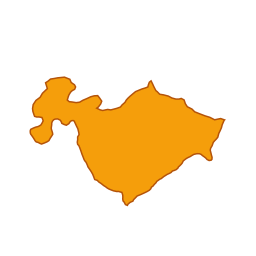 the district of Lachin District, Laçın, Azerbaijan, rotated 160°
{"feature_id": "54616110B46945931752574", "entity_name": "Lachin District", "entity_type": "district", "adm_level": 2, "iso_a3": "AZE", "parent_name": "Azerbaijan", "parent_adm1": "Laçın", "projection": "orthographic", "projection_center": [46.409, 39.71], "detail": "fine", "context": "isolated", "style": "filled", "palette": "amber", "viewbox_px": 256, "rotation_deg": 160, "n_neighbors": 0, "source": "geoboundaries", "source_scale": "gbopen_adm2", "svg_char_len": 3022}
<svg xmlns="http://www.w3.org/2000/svg" viewBox="0 0 256 256"><g transform="rotate(160 128 128)"><path d="M34.5,102.6L37.7,105.2L43.8,106.1L47.4,110.0L51.5,113.1L55.3,116.4L59.8,120.4L61.4,123.9L65.0,127.7L65.8,131.2L65.7,135.2L67.9,137.6L70.1,137.7L73.1,138.8L76.5,141.2L79.2,144.2L83.3,147.0L86.7,148.9L88.1,152.1L89.0,153.6L89.2,154.9L89.6,158.1L89.8,160.9L90.2,164.4L92.3,163.7L94.1,161.6L95.3,159.8L97.9,159.7L101.5,159.9L104.4,159.8L108.5,159.6L111.6,158.5L115.1,157.2L117.9,156.0L120.1,154.8L122.1,153.1L125.7,151.7L127.9,150.3L131.7,150.3L135.1,150.6L138.0,150.9L140.8,152.4L145.8,153.1L147.9,154.5L150.6,157.3L148.6,157.9L145.5,159.9L143.5,162.2L144.5,166.1L145.4,168.8L148.8,169.8L152.3,170.1L156.8,169.7L160.8,169.5L164.7,168.8L168.1,169.6L171.7,171.6L174.2,172.8L175.5,175.0L173.7,177.5L172.2,179.3L169.7,181.3L167.6,182.2L164.9,182.6L163.2,184.5L163.5,186.9L165.8,190.2L166.0,193.7L166.6,194.2L170.3,197.5L177.0,199.2L180.6,199.8L184.1,200.5L187.0,199.4L190.0,198.7L190.3,192.6L196.5,189.9L200.1,186.9L205.1,185.4L209.1,182.4L209.2,182.2L211.1,178.8L211.7,176.0L211.8,172.8L211.8,170.9L209.9,169.5L208.1,168.9L206.8,168.2L205.3,167.3L205.2,165.2L205.3,163.7L207.1,162.0L208.9,160.6L211.8,160.1L214.6,160.4L217.1,160.3L219.9,160.0L220.9,158.7L221.5,156.7L221.5,155.9L221.5,155.5L220.6,152.3L220.1,150.2L219.6,147.6L219.0,146.3L217.4,145.2L215.9,143.5L214.7,142.5L211.8,142.5L208.7,142.7L206.6,143.2L204.6,145.0L203.2,146.0L200.9,147.8L200.6,149.1L200.5,150.8L200.4,152.9L200.2,154.1L199.2,156.0L198.6,157.1L197.9,158.9L196.6,160.3L195.0,161.2L193.5,161.3L191.0,160.6L189.1,158.7L188.6,156.9L188.6,155.0L186.9,153.2L185.0,151.7L182.1,152.3L180.4,153.6L178.7,154.2L177.0,153.8L176.2,152.9L175.7,147.0L175.4,144.5L175.8,140.8L176.2,138.6L178.4,136.8L179.3,134.2L180.5,132.1L180.9,129.9L180.2,128.1L180.1,125.6L180.1,122.7L180.2,119.2L180.1,116.4L180.1,114.1L179.9,112.2L179.1,110.0L179.0,108.2L178.9,107.6L178.9,105.1L178.0,101.7L177.6,100.0L177.5,99.6L177.0,96.6L176.9,93.5L176.9,91.0L174.8,89.3L173.8,87.1L172.5,85.4L171.6,84.0L170.6,82.3L169.1,80.4L168.4,79.2L167.0,77.4L165.4,75.9L163.1,73.9L161.8,73.1L160.4,72.2L158.6,71.6L157.1,70.5L155.8,69.6L155.9,66.8L156.5,64.8L157.2,63.2L157.6,61.1L157.3,60.6L156.9,59.4L156.6,56.9L155.0,55.5L154.3,56.3L153.1,56.8L151.4,57.4L148.4,57.6L147.3,58.7L144.6,60.0L142.6,61.0L139.1,61.1L135.2,61.4L132.1,61.7L129.3,62.2L127.4,63.1L126.2,64.4L124.3,64.9L122.6,66.0L120.4,67.0L119.3,68.0L117.4,68.5L115.7,69.0L114.0,69.1L112.3,69.7L110.4,70.3L109.2,70.5L107.1,71.0L104.4,71.2L102.7,71.5L101.0,72.4L99.1,72.3L97.0,72.4L94.9,73.2L94.0,74.1L92.3,74.8L90.6,75.6L89.2,76.4L87.3,78.2L85.2,78.9L83.5,79.4L81.6,79.7L79.2,79.9L77.0,80.4L75.0,80.7L72.1,80.3L69.7,79.4L68.4,78.3L67.4,76.5L66.2,74.8L65.2,73.2L64.5,71.4L62.9,69.7L60.9,69.3L59.8,69.9L59.0,71.8L58.9,73.6L58.6,76.2L58.3,79.1L57.2,80.8L55.0,82.6L52.8,85.3L50.9,86.4L48.8,87.4L46.8,88.6L44.5,91.9L42.5,93.8L40.1,96.3L38.4,98.8L36.6,100.7L35.0,102.4L34.5,102.6Z" fill="#f59e0b" stroke="#b45309" stroke-width="1.5"/></g></svg>